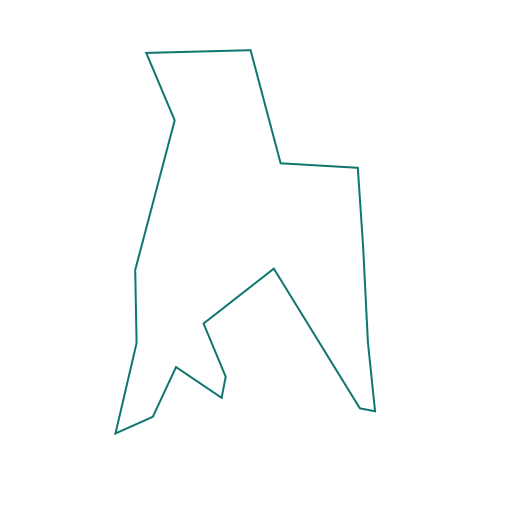 Kowloon City, Albers equal-area conic projection, rotated 11°
{"feature_id": "HKG-5158", "entity_name": "Kowloon City", "entity_type": "state/province", "adm_level": 1, "iso_a3": "HKG", "parent_name": "Hong Kong S.A.R.", "parent_adm1": "", "projection": "albers", "projection_center": [114.191, 22.32], "detail": "fine", "context": "isolated", "style": "outline", "palette": "teal", "viewbox_px": 512, "rotation_deg": 11, "n_neighbors": 0, "source": "natural_earth", "source_scale": "10m", "svg_char_len": 403}
<svg xmlns="http://www.w3.org/2000/svg" viewBox="0 0 512 512"><g transform="rotate(11 256 256)"><path d="M382.3,319.3L402.5,385.7L387.0,385.7L275.9,265.0L217.4,332.3L249.3,380.3L249.3,401.8L198.7,380.3L185.4,433.5L151.9,457.0L155.4,364.3L140.1,292.7L144.2,231.1L150.3,138.3L109.5,77.6L211.4,55.0L262.5,160.3L339.1,150.0L359.4,226.5L382.3,319.3Z" fill="none" stroke="#0f766e" stroke-width="2"/></g></svg>